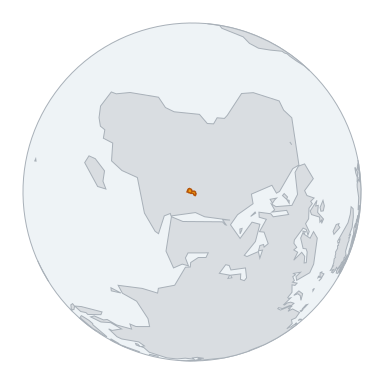 the Earth from above White Nile, rotated 126°
{"feature_id": "SDN-879", "entity_name": "White Nile", "entity_type": "State", "adm_level": 1, "iso_a3": "SDN", "parent_name": "Sudan", "parent_adm1": "", "projection": "orthographic", "projection_center": [32.247, 13.605], "detail": "fine", "context": "on_globe", "style": "filled", "palette": "amber", "viewbox_px": 384, "rotation_deg": 126, "n_neighbors": 0, "source": "natural_earth", "source_scale": "10m", "svg_char_len": 9600}
<svg xmlns="http://www.w3.org/2000/svg" viewBox="0 0 384 384"><g transform="rotate(126 192 192)"><circle cx="192" cy="192" r="169" fill="#eef3f6" stroke="#a8b0b8"/><path d="M142.3,30.5L143.5,30.2L147.1,29.1L149.5,28.5L149.3,28.7L144.4,30.0L143.8,30.1L142.3,30.6L139.9,31.3L141.0,31.1L135.1,33.0L140.6,31.4L135.6,33.3L131.8,34.5L132.7,33.9L130.5,34.6L142.3,30.5ZM102.5,48.7L103.8,47.9L110.2,44.2L112.1,43.3L118.4,40.2L116.9,41.3L112.0,44.3L106.6,47.2L104.3,48.8L109.0,47.0L98.6,53.8L91.0,61.2L88.4,63.2L84.0,64.7L85.1,62.0L79.5,66.0L82.6,64.3L75.9,70.2L74.6,71.8L74.6,72.3L76.9,70.6L74.5,73.0L70.6,75.0L72.7,72.8L73.9,72.0L74.4,71.0L71.7,73.3L68.6,76.6L79.0,66.4L90.4,57.0L102.5,48.7ZM24.7,168.1L24.0,175.3L24.6,184.4L24.7,192.4L24.3,196.2L25.2,199.0L25.2,201.9L31.3,212.3L36.6,222.8L38.0,232.8L36.4,241.8L42.0,264.0L41.1,267.4L45.5,276.2L46.8,278.4L40.7,267.2L35.5,255.6L31.1,243.6L27.7,231.3L25.2,218.8L23.6,206.2L23.0,193.5L23.4,180.7L24.7,168.1ZM118.8,39.8L118.6,40.0L117.5,40.5L118.8,39.8ZM121.8,38.4L120.7,38.9L121.9,38.3L122.6,38.0L121.8,38.4ZM126.8,36.1L130.8,34.6L122.8,38.1L124.3,37.2L125.7,36.6L126.8,36.1ZM148.1,28.8L148.3,28.8L144.5,29.9L145.9,29.4L148.1,28.8ZM159.4,26.2L160.5,26.0L153.7,27.4L159.4,26.2ZM150.7,28.3L151.6,28.0L156.6,26.8L155.6,27.2L154.3,27.4L150.7,28.3ZM153.1,27.8L155.0,27.5L152.5,28.3L150.1,28.5L153.1,27.8ZM158.3,26.5L160.6,26.0L159.0,26.3L158.3,26.5ZM144.7,31.4L145.7,30.7L148.4,30.0L144.7,31.4ZM155.9,27.4L156.7,27.2L157.9,26.9L158.6,27.0L155.9,27.4ZM167.2,24.9L166.6,25.0L170.4,24.4L170.9,24.5L165.5,25.2L168.0,24.9L168.1,25.0L163.6,25.6L167.2,24.9ZM162.8,26.3L156.2,27.8L153.7,29.0L151.3,29.5L155.7,27.6L162.8,26.3ZM163.7,25.8L162.6,26.2L160.1,26.6L159.3,26.5L163.7,25.8ZM173.1,24.3L173.8,24.0L174.9,23.9L173.1,24.3ZM162.6,26.6L164.2,26.2L162.7,26.6L162.6,26.6ZM170.4,24.8L170.5,24.7L171.8,24.5L170.4,24.8ZM167.3,25.8L165.2,26.2L164.6,26.1L167.3,25.8ZM169.1,25.3L170.9,25.2L165.7,25.9L169.0,25.3L169.1,25.3ZM171.6,24.7L172.4,24.6L171.4,24.8L171.6,24.7ZM170.9,26.3L164.4,27.2L163.1,26.8L169.5,25.9L170.9,26.3ZM271.0,42.7L273.7,44.2L287.1,52.8L286.2,51.8L288.6,53.4L298.1,60.5L307.1,68.3L321.3,84.2L326.2,89.7L329.3,93.7L331.0,96.8L326.7,90.9L324.8,89.3L322.1,85.8L323.5,89.5L319.6,84.7L322.6,90.5L325.9,94.0L326.1,92.1L330.4,99.8L335.8,105.9L340.9,114.7L346.8,132.5L346.2,139.4L347.1,142.5L344.5,140.0L344.6,147.0L352.2,162.5L353.2,167.6L351.7,179.0L351.0,175.3L344.2,168.5L345.5,181.0L350.7,189.3L352.6,200.6L349.7,198.2L347.5,188.4L345.0,185.7L343.9,174.9L338.4,160.3L335.3,164.6L333.8,158.3L325.8,147.2L320.3,153.2L312.9,172.6L314.8,188.8L310.9,196.9L299.2,175.5L294.0,160.4L289.7,162.6L277.6,151.2L256.7,153.1L253.7,149.3L249.8,151.6L241.3,148.4L236.8,142.2L231.7,143.1L243.6,159.4L249.2,158.6L253.8,151.5L256.1,157.5L264.3,162.3L255.1,178.3L224.1,194.1L221.2,182.0L198.2,149.8L199.0,146.1L198.9,145.7L198.6,144.9L196.4,151.0L192.4,144.7L204.6,167.2L206.6,177.1L223.7,194.9L222.1,196.9L227.6,200.4L245.4,194.6L245.5,198.7L237.0,218.1L212.4,244.7L215.8,261.3L214.1,275.4L199.0,284.9L200.6,295.3L192.9,299.1L192.6,304.8L186.5,310.9L176.2,316.5L158.5,316.1L157.1,311.0L147.9,300.6L135.0,274.8L139.3,263.1L137.6,253.6L124.8,231.6L127.6,219.9L124.2,214.6L117.2,215.3L113.4,209.0L109.2,208.5L83.2,209.8L75.6,200.8L67.1,175.0L71.9,166.0L73.3,154.9L107.3,121.4L113.9,124.2L140.1,121.5L143.3,123.0L139.6,131.3L158.8,142.7L165.6,135.7L183.6,141.8L195.9,141.6L201.3,125.8L181.1,125.7L178.2,118.1L194.8,111.6L212.5,112.5L211.9,109.6L201.2,103.3L205.7,98.2L197.5,100.8L200.5,103.6L195.4,105.6L192.4,103.2L194.2,101.3L189.0,100.0L182.1,110.1L184.4,114.1L170.4,115.8L172.9,122.8L169.0,126.0L163.3,115.5L164.3,111.7L153.4,100.6L151.2,104.6L161.3,115.6L157.9,114.6L155.0,121.0L154.5,115.5L144.1,103.3L131.9,105.2L115.5,120.2L108.5,121.1L103.1,117.4L109.9,101.7L124.7,101.7L127.3,96.9L125.1,89.7L129.8,90.5L130.7,87.8L136.4,87.8L145.1,81.9L150.9,81.5L155.1,73.9L158.7,72.9L155.2,77.5L155.9,80.9L170.6,81.0L173.6,79.4L175.2,74.7L179.0,75.6L178.6,71.1L187.4,69.6L176.3,67.8L177.8,63.0L183.5,59.6L182.0,58.0L172.8,63.6L170.9,66.3L172.4,68.9L165.4,77.0L160.3,78.2L160.0,69.3L152.6,70.4L155.6,63.6L178.8,51.2L188.1,49.3L201.9,55.4L199.3,58.1L193.1,57.0L198.2,62.0L198.1,59.6L201.3,60.7L203.5,57.1L205.9,57.7L204.0,53.4L207.1,53.8L208.3,56.5L214.3,52.2L221.1,52.5L221.3,51.3L219.6,49.9L229.3,51.6L229.0,50.7L225.7,49.7L223.1,47.4L222.1,44.1L225.5,44.8L226.3,46.1L233.1,50.3L234.7,54.0L236.0,54.0L235.5,51.0L227.2,45.9L225.6,43.8L230.0,45.8L228.3,44.9L228.6,44.1L232.1,44.2L227.5,41.9L226.3,34.2L232.9,34.1L236.9,36.4L239.6,33.6L246.9,34.9L243.9,33.8L243.1,32.5L240.8,32.0L239.3,31.4L236.4,29.1L238.3,29.5L237.6,29.3L249.1,33.0L260.2,37.4L271.0,42.7ZM95.1,139.1L94.0,142.3L95.1,139.1ZM231.0,122.0L241.7,122.1L237.1,112.6L240.8,112.1L237.9,109.3L236.7,112.0L229.6,104.4L234.2,101.5L233.0,97.6L229.4,97.4L222.0,104.1L232.2,114.7L229.6,118.7L231.0,122.0ZM76.2,70.0L76.4,70.0L75.9,71.0L75.0,71.5L76.2,70.0ZM80.3,70.8L76.4,74.8L78.6,72.1L76.6,73.2L78.8,69.4L87.2,64.1L83.0,67.0L80.3,70.8ZM84.0,63.4L81.7,66.0L83.9,63.4L84.0,63.4ZM130.1,74.7L131.8,76.4L129.2,79.3L121.8,81.1L125.4,76.8L130.1,74.7ZM134.7,78.3L136.6,69.7L141.2,68.7L138.3,70.6L141.2,70.8L137.3,74.0L140.0,82.0L137.9,85.2L125.3,86.0L130.6,83.7L128.6,82.0L134.7,78.3ZM132.9,54.0L133.8,51.5L142.8,52.3L141.0,54.7L133.5,56.2L131.2,54.5L132.9,54.0ZM130.2,35.8L129.9,35.6L131.3,35.1L132.6,34.9L130.2,35.8ZM144.9,31.1L132.7,36.2L131.8,36.2L125.8,39.9L121.0,41.4L125.1,38.8L116.9,43.0L118.6,41.4L113.4,44.4L122.9,38.6L124.2,37.6L124.6,38.0L128.9,36.6L131.2,35.7L138.6,32.6L143.4,30.4L148.5,29.1L150.8,28.8L150.4,29.1L147.2,29.7L149.0,29.7L144.1,31.0L144.9,31.1ZM174.9,32.1L171.4,31.7L174.1,34.0L169.2,34.3L169.8,34.6L166.0,35.7L162.5,37.7L160.4,37.6L160.0,38.5L157.5,39.4L156.1,40.6L151.9,41.1L149.9,42.7L149.0,42.1L146.7,44.8L146.5,43.1L143.2,44.5L145.2,45.4L125.2,47.7L117.1,50.8L110.4,54.6L110.8,51.8L117.4,46.8L126.6,41.6L134.4,39.4L133.2,38.8L136.6,37.7L136.1,38.6L138.9,36.5L141.5,35.9L149.7,32.9L152.0,30.8L155.1,29.9L155.5,30.4L158.3,29.1L161.2,29.6L163.5,29.0L168.6,29.1L168.1,30.8L170.7,30.1L174.7,30.5L174.9,32.1ZM172.2,26.3L172.8,27.7L170.4,28.8L162.4,28.2L160.0,28.7L154.8,28.9L158.4,27.4L159.5,27.5L161.5,27.2L159.6,27.7L162.6,27.1L164.3,27.2L167.0,26.9L166.4,27.4L172.2,26.3ZM147.2,120.0L149.8,120.5L153.8,120.3L152.0,124.5L147.2,120.0ZM139.9,111.8L142.3,111.3L141.7,116.7L139.1,116.5L139.9,111.8ZM144.0,106.8L142.4,110.9L141.7,108.5L144.0,106.8ZM157.4,77.0L160.0,76.5L160.1,77.6L158.4,79.3L157.4,77.0ZM181.9,40.9L180.3,40.0L181.2,39.6L180.7,37.1L184.3,36.9L186.0,38.3L181.9,40.9ZM197.6,128.5L193.8,131.5L192.0,130.1L193.7,129.3L197.6,128.5ZM171.6,128.1L177.3,130.2L171.1,129.2L171.6,128.1ZM185.8,40.2L185.2,39.1L187.3,39.7L185.8,40.2ZM186.9,36.6L189.5,37.1L184.7,36.6L186.9,36.6ZM258.7,336.3L259.3,337.5L256.9,338.0L258.7,336.3ZM243.0,271.6L231.3,296.1L223.3,296.6L221.9,289.8L226.3,275.2L235.6,270.4L240.2,263.4L243.0,271.6ZM358.3,221.9L358.3,221.5L358.3,221.9ZM358.4,219.7L358.8,219.0L358.1,221.5L358.4,219.7ZM358.1,220.4L354.5,223.7L352.5,223.0L353.4,219.9L356.5,218.4L358.1,220.4ZM353.2,219.9L349.7,214.1L341.9,194.3L344.8,193.6L352.3,204.3L351.9,206.9L354.1,211.8L353.2,219.9ZM360.1,200.2L359.6,207.7L358.0,209.0L357.0,208.7L356.4,199.9L356.8,194.9L357.7,194.3L359.1,175.7L360.0,178.6L360.1,186.1L360.7,191.7L360.1,200.2ZM315.5,190.2L319.4,199.2L317.1,201.3L315.5,190.2ZM357.9,163.7L358.5,171.6L357.5,161.5L357.9,163.7ZM356.3,154.6L357.1,157.9L356.2,155.1L356.3,154.6ZM348.6,147.2L347.7,148.7L346.9,146.4L347.5,143.0L348.6,147.2ZM344.7,122.3L347.7,129.1L348.6,131.5L346.8,127.7L344.7,122.3ZM215.6,40.2L212.2,43.5L212.1,46.6L215.8,48.9L209.2,47.4L209.3,42.7L215.6,40.2ZM224.6,34.6L221.3,33.1L223.6,33.2L224.7,33.6L224.6,34.6ZM222.0,34.1L216.3,33.5L215.0,32.4L219.8,33.0L222.0,34.1ZM201.0,36.0L199.8,36.9L198.0,36.3L201.0,36.0ZM338.3,276.5L341.9,269.8L342.0,269.7L346.4,260.2L348.7,255.2L343.9,266.0L338.3,276.5ZM360.9,197.1L360.9,198.0L360.8,198.8L360.6,202.4L360.7,200.4L360.1,209.1L360.0,209.4L360.4,202.4L360.8,193.2L360.9,189.2L360.9,187.9L360.9,189.7L360.8,192.8L360.9,196.9L360.9,195.2L360.9,197.1ZM359.5,169.9L359.3,168.7L359.6,171.7L358.7,164.6L359.5,169.9ZM358.2,161.5L358.5,164.2L357.6,158.8L358.2,161.5ZM358.2,162.4L357.3,158.4L357.5,158.4L358.2,162.4ZM357.6,158.4L356.7,154.3L356.8,154.8L357.6,158.4ZM355.1,149.6L356.8,155.1L356.0,153.8L352.2,140.9L352.2,140.0L355.1,149.6ZM330.2,94.8L330.6,95.4L331.0,96.0L335.1,102.2L332.1,97.7L328.3,92.2L330.2,94.8ZM238.1,31.2L236.2,30.5L237.4,30.6L238.1,31.2ZM231.6,28.8L231.5,29.1L230.2,28.4L231.6,28.8ZM231.6,30.2L230.8,29.1L233.6,30.6L231.6,30.2Z" fill="#d9dde1" stroke="#a8b0b8" stroke-width="1"/><path d="M194.8,196.1L193.4,196.1L193.4,196.3L193.4,196.5L192.5,196.7L191.5,196.7L191.1,196.2L190.9,196.1L190.7,196.1L190.4,195.0L190.3,194.0L190.3,193.9L190.6,193.5L191.1,193.2L191.3,193.1L191.4,192.9L191.4,192.7L191.5,192.4L191.4,192.3L191.2,192.2L190.9,192.0L190.9,191.9L190.7,191.6L190.5,191.2L190.4,191.1L190.2,190.9L190.0,190.6L189.9,190.2L189.9,189.8L190.0,189.4L190.0,189.2L190.3,189.0L190.4,188.9L190.5,188.9L190.8,188.2L191.2,187.9L191.2,187.7L191.3,187.7L192.2,187.3L192.4,187.4L192.5,187.4L193.0,187.3L193.1,187.5L193.0,187.8L192.9,187.8L192.9,188.0L193.1,188.1L193.2,188.3L193.2,188.7L193.2,188.8L193.1,189.0L192.8,189.3L192.7,189.6L192.5,189.9L192.5,190.0L192.6,190.4L192.7,190.7L193.0,191.1L193.1,191.4L193.1,191.5L193.1,192.1L193.3,192.2L193.6,191.9L193.7,192.0L193.8,192.1L193.8,192.3L193.8,192.7L193.9,193.0L194.1,193.6L194.4,194.0L194.4,194.4L194.4,194.6L194.4,194.8L194.8,196.1Z" fill="#f59e0b" stroke="#b45309" stroke-width="1.5"/></g></svg>